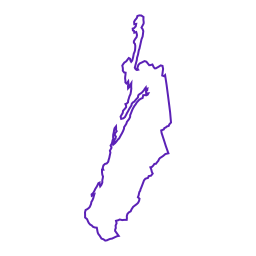 Pereiro, Ceará, Brazil (Natural Earth projection)
{"feature_id": "56859067B91951867659081", "entity_name": "Pereiro", "entity_type": "district", "adm_level": 2, "iso_a3": "BRA", "parent_name": "Brazil", "parent_adm1": "Ceará", "projection": "natural_earth1", "projection_center": [-38.498, -6.006], "detail": "fine", "context": "isolated", "style": "outline", "palette": "violet", "viewbox_px": 256, "rotation_deg": 0, "n_neighbors": 0, "source": "geoboundaries", "source_scale": "gbopen_adm2", "svg_char_len": 4035}
<svg xmlns="http://www.w3.org/2000/svg" viewBox="0 0 256 256"><path d="M165.1,75.1L164.0,76.2L162.2,75.5L163.1,68.9L162.5,65.9L160.7,65.4L158.4,66.9L155.9,68.3L154.7,68.3L153.6,67.0L153.0,65.7L152.4,64.5L150.5,65.1L149.2,65.2L146.4,61.7L144.6,61.1L143.1,61.8L141.8,62.5L139.8,63.4L138.4,64.9L137.3,68.2L138.2,69.7L136.9,70.0L135.7,69.3L134.8,67.7L135.2,66.2L136.2,62.3L136.8,60.0L137.0,57.9L138.0,54.6L138.8,50.3L139.5,48.5L139.8,47.0L141.5,39.3L142.6,36.6L142.9,34.5L143.3,31.1L142.6,29.1L141.5,27.6L143.6,23.6L143.7,22.2L143.4,19.8L143.5,17.0L141.3,15.5L139.3,15.4L137.4,16.0L136.9,17.8L136.1,18.9L134.9,20.3L134.1,21.9L134.3,24.2L136.2,23.9L135.7,26.4L134.0,28.2L132.7,28.6L132.9,30.4L134.1,31.0L134.3,32.7L136.2,32.0L136.7,33.7L137.0,35.1L136.6,37.1L135.1,39.1L133.9,41.2L133.9,42.7L134.9,43.8L135.3,45.8L135.2,48.3L135.0,50.4L134.5,52.0L133.8,53.6L133.1,57.3L132.6,59.2L132.2,60.6L131.2,61.8L130.5,60.6L130.0,58.7L128.8,58.0L127.6,59.5L126.6,60.9L125.6,61.8L124.4,62.5L123.2,64.1L122.3,65.6L122.7,67.3L122.9,69.1L122.8,70.7L124.2,72.5L125.6,72.7L125.5,74.5L125.2,76.7L125.1,78.4L125.4,80.6L125.4,82.4L126.4,83.5L127.4,82.5L128.2,81.4L128.4,83.6L128.1,85.1L128.0,86.7L128.1,88.4L129.4,87.0L129.9,85.4L131.3,83.2L131.2,85.0L131.2,87.0L131.3,88.7L131.0,91.3L130.5,94.1L129.4,96.4L128.8,98.5L128.2,100.3L128.0,102.3L126.8,103.5L125.4,104.1L126.1,105.7L126.1,107.2L124.8,108.8L123.1,110.7L122.7,113.0L121.7,114.7L120.6,116.6L121.2,118.9L123.4,118.3L124.9,117.1L126.0,115.1L127.0,113.0L127.9,111.5L129.3,108.8L130.3,107.2L131.4,105.5L131.7,103.9L132.8,102.5L134.3,101.6L135.9,99.6L137.9,97.5L138.3,95.3L139.4,94.2L140.6,93.5L141.9,92.6L144.0,90.2L144.7,88.9L145.8,87.5L146.0,89.4L147.4,88.7L147.2,90.2L146.0,91.4L146.2,93.5L148.4,93.3L147.7,94.6L146.4,95.3L144.6,95.1L143.2,95.2L142.6,98.0L140.7,98.8L139.2,99.8L136.8,102.4L135.6,104.4L134.5,105.8L133.2,108.0L132.3,109.8L131.4,112.1L130.8,113.7L130.2,115.0L130.1,117.0L129.0,119.2L127.8,120.7L126.9,121.9L126.4,123.6L125.3,125.4L124.1,127.1L124.0,128.7L123.0,131.2L121.9,133.4L120.9,135.1L120.0,136.8L119.1,138.5L117.9,139.5L116.6,141.3L115.1,143.1L113.4,144.5L113.4,143.1L114.5,141.0L114.6,139.5L115.5,138.5L115.9,136.5L114.9,135.4L114.9,133.5L116.7,131.2L116.0,129.8L116.1,128.2L116.0,126.4L114.6,128.2L114.1,130.1L113.8,132.1L113.2,134.8L113.1,137.2L113.3,138.7L112.6,140.2L112.2,142.3L111.6,144.1L110.6,145.5L111.5,147.8L110.8,149.1L109.9,150.7L110.4,152.6L109.8,155.3L109.3,157.8L108.6,160.0L108.2,161.8L106.7,163.5L105.0,163.9L103.4,165.4L102.7,168.1L103.3,169.7L102.0,169.7L102.0,172.2L102.3,174.6L103.0,176.6L102.7,178.5L102.3,180.2L102.3,182.6L101.3,185.0L100.2,186.4L99.6,184.2L99.6,182.6L98.4,183.2L97.3,185.6L96.4,187.2L95.4,188.7L94.0,191.7L93.0,193.2L91.6,194.4L91.8,195.8L94.3,194.4L93.8,196.1L93.3,198.1L92.3,200.5L91.4,201.9L91.0,204.1L89.8,206.9L88.8,208.0L87.4,209.1L85.6,210.0L85.0,212.4L85.1,215.0L85.1,217.5L87.1,219.2L88.0,221.4L88.8,223.0L90.2,224.6L91.7,225.4L93.1,226.9L94.9,227.5L96.8,227.7L97.1,229.2L97.4,231.1L97.8,232.8L98.6,234.4L99.5,235.4L100.3,236.7L101.5,238.6L103.5,239.3L105.2,240.6L107.0,240.3L108.4,239.6L110.1,238.9L112.0,238.6L113.7,237.8L115.3,237.0L117.1,236.2L118.7,235.9L115.1,230.9L115.2,229.4L115.8,228.1L115.6,225.6L116.6,223.2L116.0,220.8L118.3,220.2L119.7,219.5L122.3,220.1L123.8,219.9L126.7,219.9L126.9,218.2L126.8,216.1L127.4,214.0L128.8,212.4L130.7,211.3L131.5,209.4L133.2,206.8L137.0,203.9L138.1,202.8L139.1,200.8L139.5,198.7L137.9,197.2L138.6,195.5L139.0,193.5L139.4,191.9L140.2,190.8L140.5,189.3L141.1,188.0L142.2,185.2L144.0,180.4L145.4,178.7L148.0,177.9L148.7,176.1L151.0,175.7L152.7,173.6L151.8,171.8L151.3,169.6L150.4,167.3L151.8,167.0L153.3,165.5L154.4,163.9L155.9,163.8L157.1,162.2L158.3,160.8L159.0,159.2L160.0,158.0L161.6,157.0L163.2,155.9L165.4,154.0L168.4,153.3L165.8,146.0L164.1,140.6L161.6,133.0L161.2,130.4L162.6,129.9L163.8,129.4L164.4,128.0L165.6,127.6L166.8,126.5L168.7,125.9L169.3,124.4L171.0,122.5L170.1,112.2L168.9,102.7L168.1,96.4L166.6,85.0L165.1,75.1Z" fill="none" stroke="#5b21b6" stroke-width="2"/></svg>